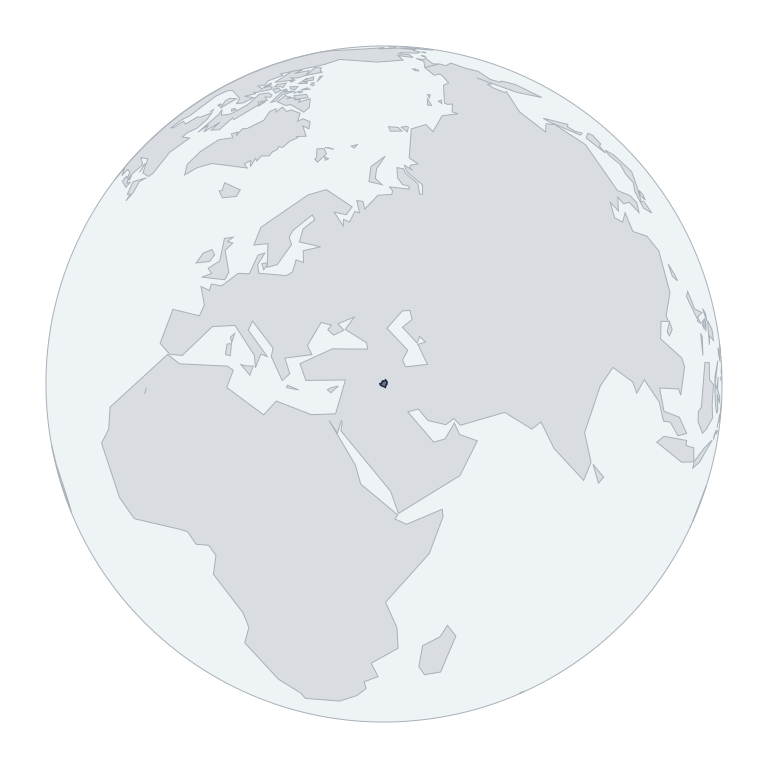 globe centered on At-Ta'mim, rotated 352°
{"feature_id": "IRQ-3049", "entity_name": "At-Ta'mim", "entity_type": "Province", "adm_level": 1, "iso_a3": "IRQ", "parent_name": "Iraq", "parent_adm1": "", "projection": "orthographic", "projection_center": [44.125, 35.305], "detail": "fine", "context": "on_globe", "style": "filled", "palette": "slate", "viewbox_px": 768, "rotation_deg": 352, "n_neighbors": 0, "source": "natural_earth", "source_scale": "10m", "svg_char_len": 11831}
<svg xmlns="http://www.w3.org/2000/svg" viewBox="0 0 768 768"><g transform="rotate(352 384 384)"><circle cx="384" cy="384" r="338" fill="#eef3f6" stroke="#a8b0b8"/><path d="M365.7,46.6L378.4,46.7L416.0,49.9L431.3,50.9L425.3,51.4L456.5,54.5L479.1,60.3L451.4,54.0L447.0,53.8L461.3,57.2L459.8,57.9L465.8,60.3L462.8,61.0L446.9,58.3L444.6,59.0L454.9,61.6L458.3,64.7L443.6,60.7L448.0,65.9L422.2,64.3L385.3,56.4L368.8,59.4L325.0,62.5L326.8,64.2L311.4,67.7L307.7,71.2L300.6,71.6L303.8,74.3L311.0,73.3L314.7,74.4L313.2,76.6L303.9,77.2L303.3,76.2L299.8,77.6L295.8,77.1L297.0,78.6L285.9,79.7L294.5,82.2L283.7,86.0L277.0,85.8L280.9,81.2L274.8,72.1L269.2,71.9L257.4,75.6L228.6,91.5L221.1,93.9L208.6,100.6L211.2,100.9L221.9,95.9L223.7,99.0L236.6,93.5L239.2,94.3L251.2,91.4L245.9,97.1L234.3,104.7L224.1,107.7L218.7,111.4L225.6,113.4L203.9,124.8L184.9,142.9L179.7,145.8L174.5,141.4L181.5,128.2L174.8,125.9L175.6,133.2L162.5,141.8L158.8,146.0L157.5,149.4L161.1,148.6L155.8,153.2L153.1,146.8L157.8,142.5L158.6,144.3L161.9,138.6L159.9,135.9L153.4,141.2L157.4,134.0L152.8,138.1L151.1,139.3L158.1,133.1L145.5,144.6L145.7,144.4L163.7,127.7L183.0,112.4L203.3,98.5L224.5,86.1L246.7,75.2L269.5,66.1L292.9,58.6L316.9,52.8L341.2,48.8L365.7,46.6ZM46.4,398.7L48.3,417.9L53.4,446.2L56.1,463.1L56.6,467.8L49.7,433.5L46.4,398.7ZM442.6,52.1L434.7,50.7L442.8,51.9L442.6,52.1ZM467.2,60.5L469.9,60.8L471.9,62.0L467.2,60.5ZM253.3,88.6L252.2,90.0L250.6,89.7L253.3,88.6ZM259.5,86.2L258.3,85.0L261.0,83.7L261.7,84.5L259.5,86.2ZM469.1,64.5L471.4,66.7L466.3,63.9L469.1,64.5ZM260.3,88.1L266.1,81.7L271.0,79.6L277.6,81.0L260.3,88.1ZM471.0,67.6L477.0,73.8L483.5,74.8L468.5,76.3L468.4,70.0L461.0,66.2L467.9,68.1L471.0,67.6ZM313.9,72.1L306.2,73.2L314.0,70.3L313.9,72.1ZM318.0,70.1L336.6,61.4L347.2,61.5L338.8,64.1L353.7,63.1L349.7,67.4L340.7,68.9L334.6,67.8L337.7,70.4L318.0,70.1ZM459.2,76.5L458.3,77.9L456.2,76.0L459.2,76.5ZM316.9,74.6L319.7,72.5L329.1,72.4L325.2,76.5L323.4,75.2L316.9,74.6ZM359.5,61.1L365.8,62.1L364.4,65.6L366.6,66.6L350.6,67.5L359.5,61.1ZM320.5,76.4L322.9,78.7L317.1,81.0L314.8,76.6L320.5,76.4ZM333.2,70.7L337.5,71.0L333.8,72.1L333.2,70.7ZM297.9,91.4L301.1,88.4L306.2,87.9L297.9,91.4ZM324.3,79.4L326.2,78.6L328.6,78.3L329.0,80.3L324.3,79.4ZM350.6,70.3L348.7,71.8L357.1,70.0L356.4,73.1L345.8,73.3L350.0,74.5L349.8,75.5L341.4,74.7L350.6,70.3ZM336.6,81.5L322.9,83.6L315.9,88.9L311.1,89.3L323.2,80.7L336.6,81.5ZM340.2,77.5L336.9,80.0L332.6,78.9L332.2,76.6L340.2,77.5ZM359.7,75.3L363.6,70.4L365.7,70.6L359.7,75.3ZM335.4,83.1L338.8,82.6L335.4,83.6L335.4,83.1ZM353.2,77.8L354.2,75.9L356.7,76.1L353.2,77.8ZM344.5,83.4L340.1,83.9L339.7,82.3L344.5,83.4ZM349.2,81.0L352.3,81.7L342.2,81.3L349.3,80.1L349.2,81.0ZM355.3,78.3L357.1,77.8L354.5,79.0L355.3,78.3ZM348.7,89.9L336.1,89.8L335.1,85.9L347.5,86.4L348.7,89.9ZM106.4,460.0L96.1,403.3L105.1,390.3L109.5,368.8L173.8,324.6L184.3,335.5L231.4,344.5L236.7,349.4L227.8,365.5L260.5,397.8L275.0,385.9L307.9,404.3L331.9,406.8L346.4,374.6L307.1,369.6L303.6,352.2L337.8,342.0L372.7,347.2L372.4,340.7L353.2,324.5L364.0,313.5L346.8,318.0L351.7,325.2L341.0,328.6L335.9,322.4L340.0,318.4L330.3,314.3L313.5,335.3L316.7,344.9L289.5,344.5L292.1,360.7L283.7,366.4L276.2,341.2L279.1,333.0L262.6,303.4L257.1,311.7L272.2,340.6L266.2,337.2L258.9,350.1L259.7,337.7L244.6,305.2L222.0,303.3L188.2,327.6L176.0,324.8L168.0,312.5L185.4,280.7L210.7,290.8L217.1,280.9L216.4,261.9L224.1,267.1L226.9,261.0L236.8,264.2L255.1,254.1L265.9,256.2L277.2,238.7L284.3,237.7L275.6,248.1L275.3,256.9L302.6,263.1L309.1,260.3L314.2,248.8L321.1,252.5L322.6,240.7L340.3,239.3L319.9,231.5L325.5,219.2L338.3,211.7L336.5,206.6L315.5,219.0L310.4,225.5L311.9,233.0L294.8,251.0L284.6,252.1L288.6,228.9L274.5,228.3L283.8,211.8L334.8,186.3L354.0,183.5L377.1,204.1L370.2,211.1L358.6,206.9L365.6,221.9L366.8,215.3L372.5,218.8L379.2,209.0L383.6,211.2L382.6,198.6L388.6,200.2L389.2,208.1L404.3,196.2L418.1,197.4L419.4,193.8L416.9,189.6L436.1,194.5L436.2,191.7L430.0,188.9L426.2,181.8L426.9,171.5L433.5,173.7L434.1,177.7L445.3,190.1L445.9,201.2L448.7,201.2L449.7,192.1L436.1,176.9L434.7,170.2L442.2,176.4L439.4,173.6L440.7,171.0L448.2,170.7L440.4,163.6L446.5,135.2L461.6,132.9L467.7,140.9L478.9,126.4L495.1,126.8L489.3,124.0L490.8,116.3L485.7,115.9L483.0,114.1L484.5,96.5L489.9,94.9L484.0,85.9L481.0,84.7L476.7,85.3L468.5,76.3L483.5,74.8L489.5,77.4L494.9,75.5L507.7,82.2L520.8,87.6L531.8,97.3L541.2,101.4L542.2,100.3L555.8,105.7L580.2,122.3L556.0,113.6L518.4,93.8L533.4,101.8L528.6,101.7L533.2,105.9L543.8,112.0L545.9,111.5L556.1,133.4L579.1,156.9L580.7,148.9L589.3,150.9L616.8,175.0L642.1,224.9L653.7,231.6L659.5,239.5L660.4,249.7L652.1,238.2L646.3,238.9L641.5,231.4L640.2,245.2L633.2,235.2L635.6,251.6L642.9,257.0L646.6,247.9L651.7,267.6L665.0,274.3L674.7,290.6L679.9,333.5L672.9,355.4L674.2,361.7L667.1,360.4L664.2,377.8L682.4,399.6L684.1,408.8L676.3,436.3L675.0,429.9L656.4,426.4L657.5,450.0L671.8,458.0L676.9,475.1L667.9,476.2L662.2,461.6L655.6,459.7L654.1,440.1L642.3,416.0L633.0,428.3L630.6,416.6L613.0,399.4L597.8,416.2L575.9,460.0L578.1,490.4L568.3,507.2L543.5,471.6L534.2,443.4L524.1,449.2L499.6,428.9L453.9,435.5L448.4,427.9L439.6,432.9L422.5,426.3L414.5,413.5L403.7,415.0L425.2,448.5L436.9,446.9L448.2,432.4L451.8,444.5L468.5,453.3L446.4,485.3L380.3,514.2L375.7,491.3L334.8,424.3L337.1,416.8L337.0,416.0L336.6,414.4L331.0,426.3L324.6,412.6L344.4,460.3L347.0,479.8L379.4,515.6L375.9,519.1L386.8,526.1L424.2,516.1L424.0,523.6L405.3,558.1L355.1,600.4L362.9,627.0L361.2,647.6L332.4,658.7L337.5,672.9L323.0,676.1L323.9,683.1L313.7,688.8L295.8,691.8L262.5,684.4L258.4,678.3L238.5,661.8L210.1,620.9L216.3,606.1L212.5,590.8L188.6,548.7L193.7,530.3L187.9,519.3L175.5,516.5L169.0,503.0L161.7,499.5L118.1,482.7L106.4,460.0ZM148.2,354.4L145.6,360.5L148.2,354.4ZM407.7,370.0L429.8,370.6L423.0,349.5L431.0,348.2L425.8,341.9L422.5,348.0L410.2,330.4L420.9,323.9L419.8,314.7L412.3,314.2L394.7,329.2L412.2,353.9L405.7,362.8L407.7,370.0ZM162.7,142.1L162.7,142.8L160.3,146.7L159.4,146.0L162.7,142.1ZM162.3,159.6L153.9,166.7L159.2,160.8L156.2,160.6L163.7,148.7L177.4,146.7L169.9,149.5L162.3,159.6ZM177.6,133.4L171.3,140.4L177.6,132.9L177.6,133.4ZM232.4,226.9L234.3,232.5L228.4,238.3L214.8,238.0L223.2,229.2L232.4,226.9ZM238.5,239.2L246.3,217.6L255.1,217.7L248.8,221.1L253.9,223.4L245.2,229.6L245.9,251.8L240.8,258.6L218.4,252.8L228.6,250.6L226.0,245.0L238.5,239.2ZM250.7,169.7L254.2,162.5L268.7,171.8L263.8,177.7L249.9,177.1L247.6,169.9L250.7,169.7ZM271.0,92.6L271.4,90.7L274.0,90.3L275.8,91.6L271.0,92.6ZM299.0,90.0L272.0,101.3L271.1,99.4L256.3,109.3L248.2,108.5L258.0,101.9L240.7,109.3L246.3,103.0L234.9,108.8L257.5,94.3L261.9,89.7L260.2,95.0L267.5,95.6L272.0,94.6L287.9,88.4L300.9,79.7L310.2,79.7L313.4,82.1L311.7,84.2L306.2,83.3L307.9,86.8L298.6,87.2L299.0,90.0ZM345.2,120.9L339.5,117.2L341.4,127.8L332.1,126.8L332.9,128.1L324.8,130.3L316.4,135.6L312.7,134.2L311.1,136.9L305.7,138.7L302.1,142.1L294.2,141.1L289.2,145.4L288.3,142.6L281.9,150.2L283.1,144.2L276.2,146.6L278.7,151.1L244.4,141.7L229.1,143.8L215.7,149.2L219.6,139.2L234.6,128.2L254.3,119.1L268.5,119.1L267.7,115.1L274.2,114.1L272.1,117.7L279.2,111.6L284.1,111.9L301.6,106.2L308.9,98.2L315.4,96.4L315.0,99.7L321.9,95.6L325.5,100.7L330.3,99.7L338.6,104.2L335.0,111.8L340.6,110.1L347.3,114.0L345.2,120.9ZM350.7,91.3L348.5,99.7L342.3,103.6L330.4,94.3L325.5,94.6L317.6,89.7L326.8,84.4L328.2,86.2L331.7,86.8L327.4,88.1L333.5,87.5L335.6,90.2L340.9,90.5L338.7,93.0L350.7,91.3ZM244.9,344.7L249.4,346.8L256.9,348.0L252.4,356.6L244.9,344.7ZM234.1,322.6L238.5,322.8L235.8,334.6L231.1,332.8L234.1,322.6ZM243.2,313.2L238.9,321.9L238.5,316.1L243.2,313.2ZM279.9,247.8L284.8,247.7L284.5,250.5L280.7,254.1L279.9,247.8ZM349.0,155.2L346.7,151.7L348.7,150.6L350.3,141.9L357.4,142.4L359.1,147.9L349.0,155.2ZM338.5,379.6L330.2,385.3L327.1,381.8L330.6,380.5L338.5,379.6ZM288.2,371.7L298.7,378.0L286.9,373.9L288.2,371.7ZM356.9,154.3L356.8,150.5L360.4,153.2L356.9,154.3ZM362.6,142.4L367.2,144.7L358.4,141.5L362.6,142.4ZM477.7,708.1L480.3,707.7L474.9,709.2L477.7,708.1ZM420.1,643.7L399.9,677.1L383.5,677.5L379.2,668.5L385.8,648.5L404.4,642.1L413.2,631.8L420.1,643.7ZM705.6,480.1L707.8,476.2L707.5,477.6L705.6,480.1ZM703.6,481.2L706.6,475.7L702.5,484.9L703.6,481.2ZM707.7,473.6L710.8,465.1L712.2,460.5L711.5,463.5L707.7,473.6ZM701.2,485.2L685.3,505.6L678.1,510.2L680.6,503.7L692.2,492.0L701.2,485.2ZM680.0,504.2L667.9,502.9L646.0,479.6L654.0,474.8L675.8,482.0L674.6,487.1L681.9,490.3L680.0,504.2ZM706.1,450.1L704.6,463.4L696.6,473.9L692.5,477.1L689.8,465.1L691.4,455.2L695.0,451.2L704.8,407.4L709.0,408.1L707.0,424.8L710.2,430.6L706.1,450.1ZM579.8,492.6L588.5,506.8L582.6,512.0L579.8,492.6ZM705.7,381.3L703.8,400.2L704.6,377.9L705.7,381.3ZM704.3,362.5L706.0,368.2L703.1,365.1L704.3,362.5ZM676.9,370.3L673.3,376.1L671.7,371.9L675.4,362.0L676.9,370.3ZM682.1,304.8L687.6,317.5L688.9,322.7L684.5,317.2L682.1,304.8ZM416.8,158.6L406.7,169.7L404.0,179.2L409.9,186.4L397.3,181.5L401.4,166.8L416.8,158.6ZM442.1,137.6L437.0,132.1L442.0,131.9L443.9,133.2L442.1,137.6ZM437.1,136.1L425.5,134.5L424.4,129.8L433.7,131.9L437.1,136.1ZM391.0,143.2L387.5,146.2L384.7,143.9L391.0,143.2ZM667.1,568.6L667.7,567.6L668.2,566.8L667.1,568.6ZM670.1,563.8L676.7,552.3L689.0,529.5L670.1,563.8ZM710.8,468.6L714.9,451.9L716.0,447.1L710.8,468.6ZM721.3,405.0L721.3,404.8L721.3,403.9L721.3,405.0ZM721.7,397.4L721.2,400.8L721.9,389.8L721.7,397.4ZM718.8,423.2L718.5,426.8L718.0,426.9L718.8,423.2ZM719.7,418.0L720.6,413.7L719.3,421.5L719.7,418.0ZM712.0,429.9L712.9,435.3L715.9,423.5L713.6,435.8L714.7,443.5L713.5,449.8L712.7,441.0L710.8,456.6L709.3,459.4L709.5,449.1L711.5,431.5L712.9,422.4L717.8,407.3L712.0,429.9ZM720.0,408.8L719.5,402.0L719.7,394.6L720.3,397.0L720.0,408.8ZM716.4,386.7L713.1,381.7L711.7,390.4L713.2,366.4L716.3,375.1L716.4,386.7ZM711.3,368.6L710.1,376.7L710.4,363.7L711.3,368.6ZM708.9,374.4L707.1,367.7L709.0,365.1L708.9,374.4ZM712.3,366.6L709.9,353.6L712.2,359.0L712.3,366.6ZM702.3,353.2L708.8,357.4L703.0,362.2L695.7,339.4L697.6,334.7L702.3,353.2ZM668.3,238.2L663.9,232.9L663.6,227.7L666.8,232.8L668.3,238.2ZM658.8,208.2L662.1,224.7L664.1,239.1L666.7,239.3L673.0,251.9L665.5,246.0L659.2,228.3L658.9,219.4L652.5,209.8L648.4,199.2L639.4,189.8L635.5,183.2L643.5,189.3L658.8,208.2ZM635.5,186.2L618.4,168.5L620.9,164.0L625.2,166.8L632.0,176.6L630.3,178.3L635.5,186.2ZM615.0,163.1L613.2,164.9L584.2,147.5L578.7,143.0L602.1,152.5L601.6,154.9L608.3,160.3L615.0,163.1ZM461.9,78.7L458.6,78.0L461.2,77.5L461.9,78.7ZM480.2,114.2L477.1,111.6L480.3,110.7L480.2,114.2ZM470.0,104.3L468.6,107.0L467.4,103.2L470.0,104.3ZM465.9,113.7L466.7,107.7L469.9,114.8L465.9,113.7Z" fill="#d9dde1" stroke="#a8b0b8" stroke-width="1"/><path d="M386.4,380.6L386.7,381.1L386.8,381.3L387.1,381.6L387.2,381.8L387.1,382.0L387.0,382.3L387.0,382.5L387.1,382.8L387.3,383.0L387.2,383.2L387.2,383.3L387.0,383.5L387.0,383.8L387.0,384.0L386.9,384.2L386.9,384.3L386.7,384.4L386.7,384.5L386.8,384.6L386.7,384.7L386.3,384.9L386.1,385.0L385.9,385.1L385.9,385.3L386.0,385.6L385.9,385.8L385.7,385.9L385.6,386.0L385.4,386.2L385.3,386.4L385.3,386.5L385.2,386.7L385.1,386.9L385.0,387.0L385.0,387.3L384.9,387.6L384.4,387.3L384.0,386.8L383.7,386.7L383.3,386.5L383.0,386.4L382.7,386.2L381.7,385.6L381.3,385.4L381.2,385.3L381.1,385.2L380.9,385.0L380.6,384.7L380.4,384.5L380.5,384.4L380.6,384.2L380.3,384.1L380.3,383.9L380.3,383.7L380.1,383.6L379.9,383.4L379.9,383.2L380.0,383.1L380.1,383.3L380.2,383.1L380.3,383.1L380.5,383.2L380.7,383.3L380.8,383.3L380.9,383.2L381.0,383.2L381.3,383.1L381.4,382.9L381.5,382.8L381.8,382.7L382.0,382.7L382.2,382.4L382.2,382.2L382.3,382.2L382.5,381.9L382.4,381.9L382.3,381.7L382.6,381.3L382.9,380.9L383.0,380.8L383.7,381.2L383.8,381.2L384.0,381.1L384.1,380.9L384.3,380.8L384.6,380.9L384.8,380.9L385.0,380.9L385.3,380.8L385.4,380.7L385.5,380.7L385.8,380.7L386.0,380.8L386.0,380.7L386.3,380.5L386.3,380.4L386.4,380.5L386.4,380.6Z" fill="#64748b" stroke="#1e293b" stroke-width="1.5"/></g></svg>